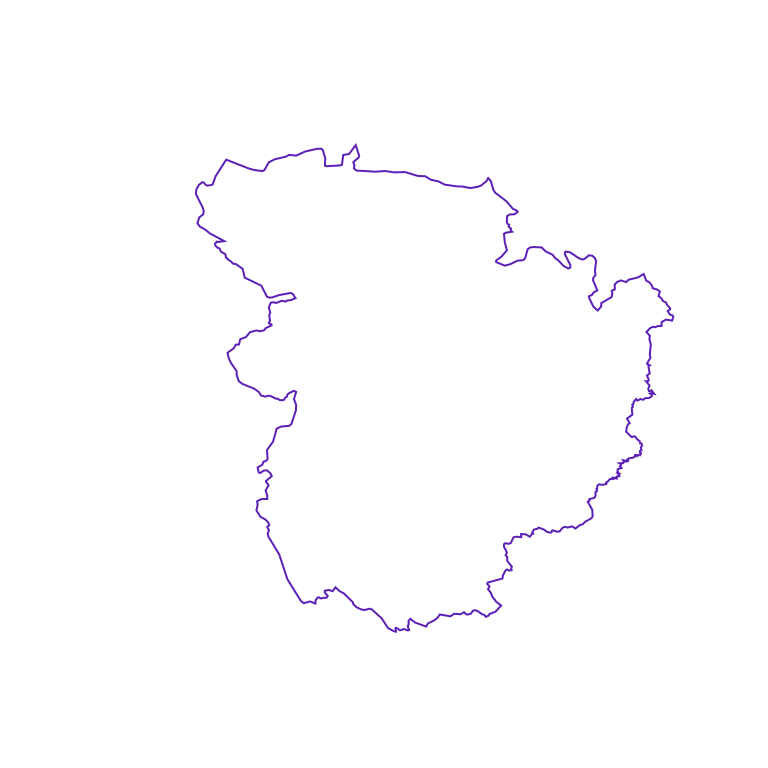 the border of Orientale, rotated 119°
{"feature_id": "COD-1559", "entity_name": "Orientale", "entity_type": "Province", "adm_level": 1, "iso_a3": "COD", "parent_name": "Democratic Republic of the Congo", "parent_adm1": "", "projection": "equal_earth", "projection_center": [26.062, 1.632], "detail": "fine", "context": "isolated", "style": "outline", "palette": "violet", "viewbox_px": 768, "rotation_deg": 119, "n_neighbors": 0, "source": "natural_earth", "source_scale": "10m", "svg_char_len": 6166}
<svg xmlns="http://www.w3.org/2000/svg" viewBox="0 0 768 768"><g transform="rotate(119 384 384)"><path d="M417.6,146.5L417.3,150.4L420.6,153.9L421.3,156.7L423.3,158.2L427.8,158.9L429.4,161.3L430.1,165.3L430.8,166.0L432.6,165.6L433.5,166.7L434.3,169.6L433.8,173.6L434.6,179.2L436.4,179.8L438.5,182.2L441.8,182.4L442.6,181.0L443.4,181.9L446.9,182.4L446.8,187.2L448.8,191.4L451.4,189.8L453.4,194.2L455.3,196.4L461.8,196.0L463.5,197.8L464.5,200.8L465.8,201.4L468.0,200.3L471.7,194.9L474.8,194.6L475.5,192.4L478.9,190.5L481.8,183.6L483.3,183.5L484.9,182.1L486.4,183.8L486.7,186.6L488.0,187.3L493.6,187.2L496.7,186.1L507.5,197.1L508.8,196.8L509.9,193.6L513.0,193.6L514.8,189.3L517.4,186.3L520.1,180.1L520.9,174.1L529.1,176.1L534.1,180.3L535.6,180.1L538.3,182.0L537.3,184.2L537.8,186.6L537.2,192.4L537.8,194.9L539.2,196.4L542.7,196.6L545.1,199.1L545.6,200.5L544.8,203.4L548.2,205.3L550.9,211.2L555.0,213.3L558.5,223.4L562.6,223.9L566.1,225.3L572.2,229.5L575.7,229.5L577.6,241.4L576.6,247.1L579.2,247.7L582.3,245.9L584.3,245.8L587.1,242.8L588.0,243.7L588.7,247.8L591.7,250.6L591.2,254.1L591.8,255.6L594.8,253.5L595.4,255.2L595.5,262.2L590.1,272.4L587.0,285.6L587.7,287.9L591.0,291.3L592.1,294.1L592.6,299.6L591.4,304.2L590.0,305.4L586.6,317.5L586.7,322.6L585.3,327.8L590.2,328.5L590.9,332.5L593.6,335.6L595.1,334.6L596.6,330.5L598.5,330.5L602.3,335.6L602.0,337.3L603.0,338.5L606.0,339.0L609.3,337.6L610.0,343.2L614.6,347.9L614.1,351.4L601.6,373.8L583.9,393.0L573.5,411.1L571.1,413.3L567.7,413.7L565.6,416.9L563.2,415.8L561.2,418.2L560.0,422.3L560.0,427.7L556.4,434.3L550.9,436.0L548.1,438.1L544.1,435.4L541.2,430.4L538.3,431.9L534.5,435.9L528.4,435.9L526.8,439.7L526.0,440.2L519.0,437.5L517.1,440.2L516.2,444.5L518.0,447.2L521.8,449.1L522.2,450.6L518.3,454.0L513.5,451.3L510.4,451.8L508.5,449.9L506.3,449.3L498.4,454.3L488.3,453.1L475.0,456.2L471.1,453.3L466.4,446.5L463.6,445.6L449.6,448.3L445.0,450.6L440.9,455.4L433.5,457.0L433.7,459.5L438.2,462.7L440.1,463.4L442.0,462.8L444.2,463.9L446.1,463.7L447.3,464.8L448.6,467.3L448.4,469.8L449.2,471.2L449.6,477.9L450.9,480.4L452.6,481.5L453.6,486.2L451.7,489.5L451.0,495.4L452.6,507.9L451.8,512.6L447.6,517.1L444.1,519.2L439.8,528.0L436.9,532.1L432.5,536.0L425.6,532.7L421.5,532.7L419.7,530.0L414.5,531.5L410.1,527.6L403.5,526.2L399.0,521.5L397.9,517.8L395.0,514.9L392.6,514.6L387.2,510.7L386.4,511.5L386.8,513.6L386.3,514.5L384.2,514.2L379.5,517.7L376.7,518.1L372.8,521.9L367.7,522.4L366.1,520.3L365.3,517.5L360.8,513.7L359.6,510.0L358.2,509.5L355.7,506.0L351.8,503.0L349.5,507.3L349.7,509.9L357.0,518.7L362.5,523.8L364.0,526.1L364.4,528.7L357.5,538.9L358.5,557.4L351.8,563.5L350.9,571.5L351.9,574.5L350.9,577.6L350.8,580.9L350.1,581.6L350.1,583.5L347.4,585.6L347.3,590.8L345.2,593.5L345.5,596.0L344.6,598.7L343.3,599.8L340.4,599.2L340.3,598.1L336.5,593.0L336.7,609.3L335.6,615.2L335.6,621.1L334.0,625.0L328.0,626.4L323.3,624.4L320.2,625.5L317.8,627.8L308.9,640.8L304.4,642.5L299.6,642.4L295.7,640.8L295.2,639.4L296.2,636.5L296.1,634.4L292.7,630.6L284.0,632.0L264.3,630.8L261.1,606.9L259.8,601.4L256.8,593.6L254.9,592.3L245.9,592.2L240.3,588.4L232.7,580.0L229.7,578.1L226.7,571.4L219.0,565.8L210.7,556.5L208.7,553.0L208.9,551.1L215.2,544.7L221.7,541.5L221.5,540.0L214.4,528.8L212.7,527.0L203.5,530.7L199.7,526.0L188.7,524.6L196.5,516.3L198.4,516.0L204.8,518.4L207.0,516.0L210.1,514.7L210.7,511.6L202.5,494.5L197.1,486.1L194.1,478.0L188.4,468.2L185.6,455.2L182.3,448.6L182.6,441.9L180.4,434.8L180.2,427.6L175.9,416.3L173.4,411.4L170.8,403.6L166.4,397.9L163.6,395.5L157.3,392.8L153.4,392.7L154.6,389.1L160.8,382.9L162.8,379.6L164.8,365.6L168.3,356.2L168.0,351.7L168.6,350.5L172.3,352.2L174.7,356.2L177.5,357.7L182.7,355.2L184.0,353.5L184.1,351.7L186.0,351.3L186.6,348.2L188.3,347.6L188.7,345.8L192.7,350.9L194.5,351.9L201.4,347.1L207.5,341.3L216.0,343.1L221.5,345.8L223.0,345.0L221.9,335.7L217.7,331.4L211.5,327.1L208.3,322.4L205.8,321.5L196.4,323.7L193.8,322.4L191.9,319.9L188.1,312.3L189.7,306.8L189.2,299.3L190.9,295.2L191.5,291.0L193.7,284.1L193.6,278.7L191.9,277.5L189.8,278.5L182.5,289.1L180.2,289.5L178.6,285.0L179.5,275.2L179.0,270.9L177.3,269.2L172.3,267.3L170.8,264.2L171.6,260.7L173.5,258.1L182.3,254.6L186.3,251.8L189.8,252.4L191.9,251.5L198.7,242.8L202.4,245.1L205.4,245.3L207.7,247.2L208.9,246.8L214.8,238.4L216.1,232.7L210.9,231.6L208.0,233.2L197.6,227.1L193.7,228.3L192.0,230.0L189.3,228.0L185.3,230.4L181.8,229.6L178.6,227.1L177.4,221.6L174.2,220.6L167.6,213.5L161.9,210.2L166.5,204.7L166.4,201.2L167.9,197.5L170.0,195.3L169.0,191.2L169.2,187.7L174.1,186.4L174.5,183.4L176.3,179.8L175.9,177.0L177.6,174.8L179.1,170.3L180.0,169.9L182.6,171.3L184.7,167.5L184.1,165.1L184.9,163.5L188.9,162.8L191.0,168.6L195.2,171.2L198.7,169.4L200.7,172.7L203.0,174.6L203.6,176.5L206.3,178.4L211.3,179.6L213.0,174.8L216.0,173.7L220.2,169.7L229.0,166.0L231.9,163.7L238.7,163.9L238.8,160.5L240.2,161.4L245.9,156.8L249.1,158.1L252.0,154.4L253.9,154.5L254.6,156.2L256.5,151.1L260.2,150.5L261.7,148.9L261.6,148.0L259.8,147.0L261.6,142.9L262.4,145.7L263.4,146.7L263.7,144.4L264.9,143.9L267.6,145.3L269.7,148.6L272.1,149.5L272.8,152.4L275.7,154.3L274.8,156.2L278.7,157.0L280.6,156.2L281.7,156.9L283.3,155.2L284.8,155.7L290.4,151.9L296.4,154.7L299.2,150.1L300.9,151.0L304.2,150.7L308.3,149.1L310.4,141.6L308.6,140.1L308.3,138.6L309.7,135.6L310.1,132.6L311.8,131.1L311.2,129.9L312.8,128.3L314.8,128.7L317.2,126.7L318.4,127.7L320.2,126.9L319.8,125.7L320.4,125.5L322.3,125.5L323.3,127.9L324.4,127.8L323.7,129.3L324.5,130.0L325.8,129.3L327.9,130.7L330.6,134.1L332.1,134.4L332.5,133.5L331.9,133.1L333.1,133.2L333.2,134.9L334.3,134.5L334.8,137.9L336.0,136.3L337.2,136.4L339.2,139.6L339.3,138.2L339.9,137.4L341.6,137.7L342.3,135.6L345.1,138.2L347.2,137.5L347.7,136.4L348.6,136.8L348.3,134.5L349.5,134.9L350.4,133.5L351.8,135.3L352.5,134.9L353.2,135.8L353.9,134.9L354.7,137.6L355.3,137.3L355.3,138.7L356.4,138.2L357.7,140.4L361.8,141.2L362.3,142.0L363.8,141.1L366.4,144.2L367.4,147.2L369.5,148.1L372.5,146.7L372.8,147.2L374.4,145.8L376.0,146.7L379.2,144.8L381.6,144.8L385.1,148.6L386.4,147.7L388.2,148.8L393.0,140.9L398.7,137.3L400.9,137.5L407.2,141.4L410.4,142.2L412.5,144.4L417.6,146.5Z" fill="none" stroke="#5b21b6" stroke-width="2"/></g></svg>